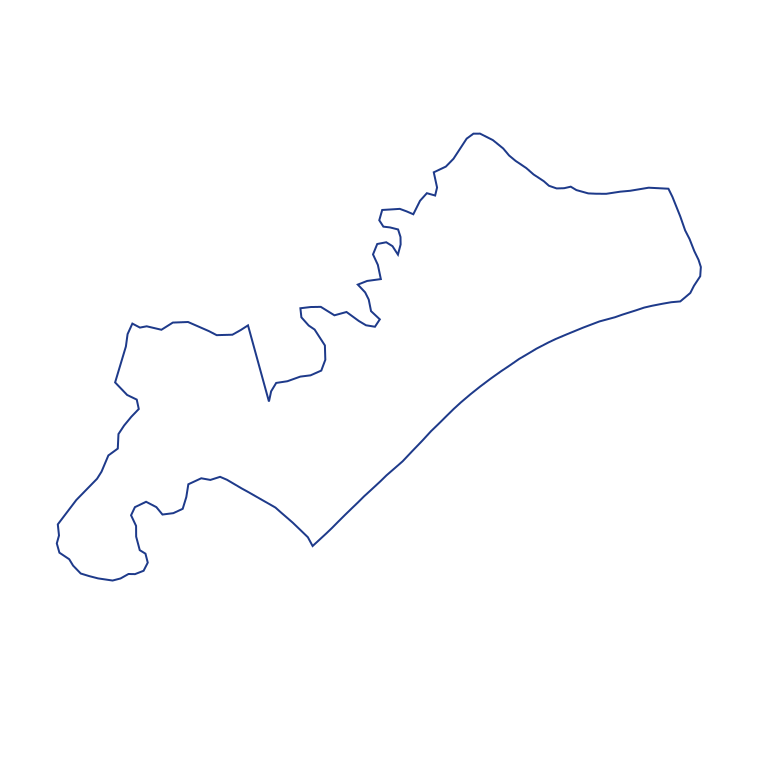 Pontal do Paraná, Paraná, Brazil (Robinson projection), rotated 17°
{"feature_id": "56859067B46066648065560", "entity_name": "Pontal do Paraná", "entity_type": "district", "adm_level": 2, "iso_a3": "BRA", "parent_name": "Brazil", "parent_adm1": "Paraná", "projection": "robinson", "projection_center": [-48.483, -25.647], "detail": "fine", "context": "isolated", "style": "outline", "palette": "blue", "viewbox_px": 768, "rotation_deg": 17, "n_neighbors": 0, "source": "geoboundaries", "source_scale": "gbopen_adm2", "svg_char_len": 2445}
<svg xmlns="http://www.w3.org/2000/svg" viewBox="0 0 768 768"><g transform="rotate(17 384 384)"><path d="M363.1,559.8L372.6,543.6L376.4,536.8L380.7,528.6L385.2,520.2L389.5,512.4L393.8,504.7L397.8,497.2L401.9,490.3L408.9,478.3L413.1,470.6L417.8,463.1L424.4,452.5L430.5,440.2L437.2,427.0L442.8,415.3L447.8,406.3L453.7,395.3L458.0,387.4L462.9,379.1L469.9,368.2L476.7,358.3L484.5,347.6L492.2,337.6L498.5,329.9L505.9,320.5L512.0,313.9L519.4,305.7L529.2,296.1L535.0,290.8L544.7,282.7L557.9,271.9L571.7,261.2L585.4,252.6L591.5,248.1L603.4,239.9L610.4,234.9L617.5,230.8L626.9,225.8L634.8,221.8L643.2,218.4L650.3,207.4L651.7,199.5L654.9,188.5L652.8,179.5L648.5,173.3L641.9,166.2L633.8,156.0L627.1,149.1L618.3,137.1L605.1,120.7L598.9,114.1L579.7,118.9L562.8,127.3L553.7,131.0L541.0,137.1L531.7,139.9L523.6,142.0L511.3,142.3L504.9,140.7L499.0,144.1L491.9,146.5L483.8,146.2L477.4,143.3L465.8,139.9L456.9,135.9L444.7,132.2L436.8,128.9L429.1,123.9L416.7,118.9L402.6,116.5L396.3,118.5L391.3,125.2L384.6,148.3L379.6,158.0L369.7,167.0L377.3,180.6L377.8,188.8L369.2,189.0L364.9,198.2L362.4,213.1L355.0,212.3L347.9,211.9L341.3,214.4L331.4,218.1L331.6,228.8L337.4,233.7L344.0,232.5L352.3,232.1L356.8,238.6L359.1,245.7L359.5,256.2L351.8,249.7L344.7,247.8L336.6,252.1L335.6,263.3L343.3,271.9L350.3,284.6L337.7,290.4L329.9,296.6L339.2,301.9L344.7,307.7L350.3,318.1L361.1,323.4L358.6,331.9L349.6,333.1L341.5,331.1L327.1,326.1L316.5,332.8L301.0,328.7L291.2,331.9L281.9,336.0L285.5,344.4L294.9,350.1L301.7,352.2L316.2,364.4L320.8,378.0L320.1,389.5L311.2,397.2L301.8,401.4L290.8,409.6L280.6,414.5L278.2,424.0L279.1,434.4L236.8,367.7L231.2,374.3L224.6,381.2L209.7,386.2L200.9,384.6L178.5,382.0L164.1,387.0L155.3,397.2L140.2,398.2L134.1,401.4L125.7,399.8L124.2,411.3L126.2,423.6L126.4,461.1L141.6,469.6L152.1,471.2L156.8,479.6L151.9,489.3L147.6,499.7L144.7,509.5L148.3,523.6L141.3,532.9L139.5,550.4L137.3,558.5L123.7,584.8L113.1,613.6L117.5,623.9L117.7,632.1L122.9,640.2L134.2,643.6L139.8,648.6L149.4,653.9L158.2,653.9L167.4,653.5L181.9,651.3L188.9,647.0L195.2,640.4L201.5,638.6L208.7,632.9L210.3,623.9L205.5,616.0L199.0,614.3L191.6,602.4L188.4,592.2L180.5,583.5L181.8,574.6L190.9,566.2L202.3,568.3L210.3,573.6L220.3,569.1L228.0,562.2L228.0,549.9L226.2,537.1L236.8,527.6L246.0,526.5L254.4,520.7L261.8,521.5L278.5,525.5L284.8,526.8L316.3,533.9L323.3,537.1L329.9,540.0L337.3,543.3L347.2,548.3L356.0,552.8L363.1,559.8Z" fill="none" stroke="#1e3a8a" stroke-width="2"/></g></svg>